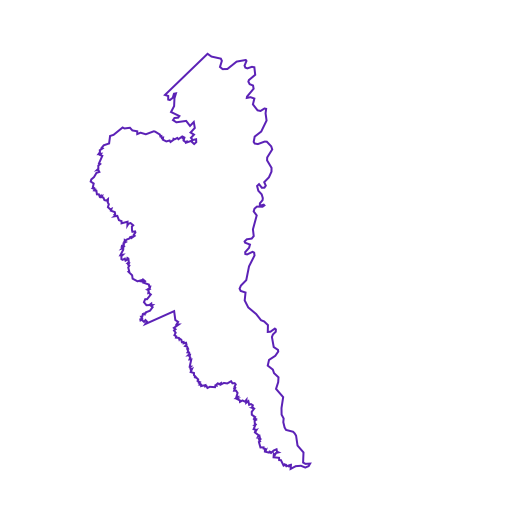 Putumayo, Sucumbios, Ecuador (Equal Earth projection), rotated 46°
{"feature_id": "8360857B86865530067586", "entity_name": "Putumayo", "entity_type": "district", "adm_level": 2, "iso_a3": "ECU", "parent_name": "Ecuador", "parent_adm1": "Sucumbios", "projection": "equal_earth", "projection_center": [-75.989, 0.133], "detail": "fine", "context": "isolated", "style": "outline", "palette": "violet", "viewbox_px": 512, "rotation_deg": 46, "n_neighbors": 0, "source": "geoboundaries", "source_scale": "gbopen_adm2", "svg_char_len": 6085}
<svg xmlns="http://www.w3.org/2000/svg" viewBox="0 0 512 512"><g transform="rotate(46 256 256)"><path d="M331.2,361.4L332.6,359.7L334.3,359.8L335.1,362.2L336.3,362.4L335.8,364.5L336.7,363.2L337.7,365.3L339.0,363.9L341.7,364.4L343.6,367.7L344.5,366.9L344.4,369.2L345.8,367.9L345.6,369.0L348.7,367.9L349.8,368.8L350.5,366.1L353.1,365.1L352.8,362.8L354.8,365.0L355.1,362.3L358.3,364.3L359.0,362.5L361.2,362.0L361.9,363.6L363.0,363.5L362.5,364.3L364.5,363.4L365.1,367.3L367.3,369.3L371.2,368.5L371.4,369.9L373.0,369.4L372.6,370.6L373.7,370.3L373.4,371.3L375.5,373.1L377.0,373.2L376.7,374.6L377.3,374.3L378.9,378.0L380.8,376.8L381.3,377.8L381.6,376.8L382.3,379.3L386.9,378.6L387.3,379.8L387.7,378.4L389.8,379.7L389.5,380.5L390.7,380.1L390.5,381.5L392.1,381.8L391.8,383.1L396.8,385.8L398.9,383.5L399.8,384.3L400.9,383.5L402.2,384.8L402.4,383.5L403.3,385.2L406.4,383.3L406.1,382.1L407.7,381.4L408.1,382.9L408.2,378.4L409.3,375.5L411.3,376.8L412.9,376.2L411.6,378.4L412.2,380.5L410.7,380.6L413.0,383.2L417.2,379.6L418.9,381.1L420.2,379.9L425.7,381.7L425.6,380.2L426.6,379.8L426.7,381.2L427.3,379.6L428.4,380.1L429.7,377.4L430.1,379.2L430.9,376.4L433.2,379.0L434.8,373.4L438.1,369.4L442.4,367.5L443.7,364.1L442.9,361.3L439.9,364.8L437.3,365.6L430.3,358.3L421.2,357.8L413.1,352.0L410.4,351.4L408.2,351.4L402.0,355.2L399.3,354.6L394.5,351.8L392.1,349.0L387.9,347.8L383.1,343.3L376.4,334.5L365.5,333.9L362.2,327.7L358.9,324.1L352.8,324.4L349.4,322.8L343.0,323.7L339.8,318.8L341.2,311.5L340.2,306.4L338.8,305.4L333.8,306.5L325.3,300.8L324.2,298.3L324.2,294.4L322.6,292.7L321.3,292.9L320.5,298.2L318.8,300.3L314.0,295.4L308.7,295.6L305.7,297.0L297.9,296.2L287.6,297.3L280.1,295.0L275.0,288.9L270.5,291.3L268.1,290.5L266.8,287.4L266.6,279.8L258.6,268.2L254.6,256.7L252.3,255.0L250.6,255.6L248.7,261.3L247.2,262.3L245.7,261.1L245.3,255.3L243.6,252.4L238.8,254.6L237.6,254.1L237.6,251.0L240.5,247.0L240.1,243.8L234.7,239.7L227.3,227.3L222.3,226.7L220.9,224.2L221.1,221.0L225.1,217.1L225.4,214.8L224.4,214.8L222.5,218.3L220.8,216.6L220.4,212.5L219.1,210.9L215.6,209.1L210.7,209.0L206.4,206.6L206.4,203.9L211.0,204.4L212.7,202.5L212.2,200.1L208.6,198.8L208.4,192.1L206.1,186.3L203.4,183.6L194.9,181.6L192.9,179.5L190.6,170.3L187.7,168.9L181.3,168.8L179.7,170.3L176.8,176.9L174.2,178.8L172.3,178.4L169.2,174.0L170.1,165.8L165.9,154.3L160.0,150.0L157.2,146.5L155.8,147.4L154.8,152.0L152.3,153.7L144.8,152.9L141.6,147.8L138.0,149.6L135.9,152.8L135.1,151.7L134.0,141.5L131.3,139.7L128.0,141.2L125.3,140.4L124.5,138.9L125.1,130.7L119.1,126.1L117.1,127.5L115.0,131.9L113.1,132.8L111.1,132.0L109.1,127.4L107.9,127.2L102.7,134.9L101.6,146.7L98.4,150.2L95.0,150.6L91.9,145.0L89.6,144.2L81.6,149.5L76.9,150.4L76.9,209.6L79.9,208.0L82.5,210.5L84.0,209.6L84.4,206.0L82.3,202.3L83.4,200.6L85.9,205.1L91.3,210.8L93.4,217.1L102.1,213.9L102.4,215.9L100.1,218.8L100.6,221.3L104.5,220.4L110.3,212.4L116.6,213.1L116.4,207.7L121.4,211.1L121.7,217.3L125.6,216.3L125.8,220.7L128.6,221.0L130.4,218.0L132.6,219.9L132.5,222.7L129.3,222.9L128.6,221.8L126.0,227.4L125.4,226.5L124.9,227.6L122.6,227.9L121.1,225.2L119.6,225.7L119.8,226.8L118.7,226.4L118.1,230.7L116.4,230.6L115.6,233.4L114.4,233.9L115.1,234.9L114.6,238.3L112.9,237.9L111.3,240.9L107.6,242.2L106.3,240.6L105.7,241.8L104.0,240.7L103.6,241.7L101.8,240.8L96.4,242.2L95.3,242.9L91.9,250.7L87.1,253.4L85.8,256.7L83.8,254.8L79.8,257.7L76.2,257.6L72.9,262.0L70.9,262.7L69.9,274.3L68.3,277.6L73.0,283.5L70.6,288.6L71.0,291.9L72.0,291.6L71.4,294.9L72.9,296.1L73.3,298.4L74.8,296.5L75.0,298.0L77.2,297.0L80.3,304.6L81.6,304.2L81.4,306.6L83.7,308.8L83.7,310.6L84.3,309.6L86.7,310.3L85.4,313.0L86.7,317.7L86.5,321.3L87.6,323.2L91.1,322.4L93.1,325.5L94.2,325.3L94.0,326.4L96.3,325.4L96.5,326.8L98.2,325.5L101.1,327.6L102.5,326.2L104.7,327.2L104.8,325.8L105.7,326.5L106.0,325.1L106.6,326.1L108.0,325.2L110.5,326.2L112.2,325.2L112.3,323.0L114.6,325.5L116.5,325.9L118.0,328.6L121.3,328.4L121.7,327.2L122.6,328.9L126.3,327.1L128.1,328.2L128.0,329.2L129.2,329.2L129.1,330.3L130.8,327.9L135.0,329.7L137.5,328.5L139.1,330.0L142.1,324.6L144.7,327.3L144.2,325.4L145.1,323.4L148.6,323.0L148.6,324.8L151.2,327.2L152.7,328.1L154.3,325.9L155.3,326.4L155.9,329.4L157.2,329.3L156.6,332.7L155.7,332.1L155.0,333.6L155.6,334.5L154.2,338.1L154.8,339.6L153.6,339.6L154.5,340.6L153.9,341.6L155.3,340.6L154.8,342.5L156.3,343.3L155.5,345.2L156.1,346.2L157.4,345.0L157.5,347.4L158.2,346.1L159.3,347.2L161.2,353.0L162.6,351.0L162.6,353.0L164.8,355.0L166.1,354.6L166.8,352.2L168.7,353.1L169.1,351.6L168.1,349.9L169.2,349.6L172.0,351.7L172.0,353.2L173.0,352.4L173.4,354.0L174.9,353.7L175.5,355.9L178.9,357.8L178.7,358.7L183.8,358.5L186.6,360.5L191.9,358.8L193.5,355.8L194.0,356.6L196.1,355.0L194.4,355.0L194.3,353.6L197.1,353.3L197.2,355.4L202.1,352.9L203.8,354.0L204.5,353.3L205.4,354.8L205.0,356.1L205.7,355.9L205.0,357.4L206.0,357.0L207.4,358.7L207.5,357.4L208.1,358.9L210.6,358.4L211.4,364.4L210.1,365.7L211.4,368.7L215.3,369.0L217.2,366.8L217.5,364.4L218.7,365.4L219.4,364.6L219.3,366.1L221.0,365.9L221.7,370.3L220.0,374.4L220.5,375.3L219.8,376.2L220.6,376.7L219.2,377.8L220.6,379.9L219.9,380.8L222.0,381.4L221.2,383.2L222.1,383.8L222.5,382.5L225.6,382.3L225.3,380.0L227.5,380.0L228.1,382.8L238.8,353.2L246.0,358.5L249.3,357.8L250.0,360.7L251.6,359.1L250.7,365.0L252.8,364.8L252.6,366.7L255.4,367.1L256.3,369.7L258.4,369.2L259.1,370.3L261.3,368.4L262.7,369.1L262.5,368.3L264.4,367.9L266.5,369.2L267.5,367.8L268.5,368.8L269.8,366.6L271.5,367.6L271.6,369.5L273.2,368.5L275.6,369.3L275.2,370.1L277.4,370.9L277.8,372.2L279.1,371.2L280.3,372.0L280.3,373.7L281.3,372.3L282.1,373.7L283.3,373.7L284.2,375.7L285.4,374.3L289.5,380.5L290.3,379.7L290.3,380.8L292.4,381.9L292.8,380.5L294.1,383.6L297.1,381.9L298.6,383.4L300.5,383.3L300.9,384.9L301.2,383.5L304.6,383.3L305.3,384.8L307.7,384.0L307.6,385.2L309.5,384.9L309.5,385.9L310.8,385.0L311.5,385.8L313.7,382.1L314.5,383.1L315.2,382.0L317.2,382.6L318.0,380.1L321.9,376.6L320.9,375.1L321.9,374.4L321.0,373.8L321.1,371.9L322.6,371.6L323.1,369.6L324.0,370.6L325.0,367.3L327.7,365.2L328.8,360.9L331.2,361.4Z" fill="none" stroke="#5b21b6" stroke-width="2"/></g></svg>